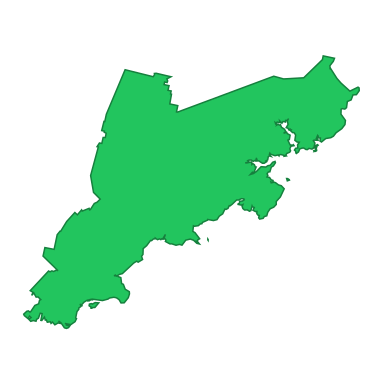 the district of West Tamar, Tasmania, Australia, rotated 93°
{"feature_id": "25037944B75055977098300", "entity_name": "West Tamar", "entity_type": "district", "adm_level": 2, "iso_a3": "AUS", "parent_name": "Australia", "parent_adm1": "Tasmania", "projection": "equal_earth", "projection_center": [146.895, -41.264], "detail": "fine", "context": "isolated", "style": "filled", "palette": "green", "viewbox_px": 384, "rotation_deg": 93, "n_neighbors": 0, "source": "geoboundaries", "source_scale": "gbopen_adm2", "svg_char_len": 5993}
<svg xmlns="http://www.w3.org/2000/svg" viewBox="0 0 384 384"><g transform="rotate(93 192 192)"><path d="M78.9,236.8L73.4,265.2L118.8,281.6L126.2,282.8L126.1,283.6L135.4,285.4L135.8,282.7L136.9,282.8L137.8,280.8L142.1,281.4L142.2,283.6L148.2,284.6L147.9,287.0L151.7,289.2L151.9,287.9L180.9,294.1L197.6,290.3L203.9,283.3L207.1,286.2L208.6,289.0L214.9,292.6L215.2,293.3L213.7,293.9L216.8,300.6L215.6,301.3L220.8,305.3L218.6,307.9L228.0,315.6L238.1,321.1L238.0,321.7L241.7,324.4L256.5,326.7L255.2,336.0L263.8,337.4L277.6,321.7L277.1,323.3L278.6,326.0L278.1,327.8L279.1,329.6L278.4,331.1L299.0,348.4L300.5,345.5L303.6,346.7L301.2,344.6L305.1,342.2L304.9,340.2L307.4,337.4L308.1,338.6L311.7,339.3L313.5,343.0L319.9,346.8L320.4,347.5L319.3,349.1L319.7,350.7L322.8,353.7L324.2,353.0L327.0,349.2L324.4,347.7L325.8,346.1L327.7,348.3L329.6,346.3L328.7,343.8L329.2,341.0L327.3,340.5L326.1,338.8L321.0,337.2L321.3,335.3L328.1,336.2L328.2,335.3L324.7,332.8L327.6,331.8L327.3,330.8L329.6,329.7L329.0,326.7L330.6,325.9L329.2,324.5L331.8,322.0L329.8,318.9L330.1,316.7L327.7,318.6L329.6,315.9L334.3,312.3L334.8,310.2L333.9,308.2L331.6,306.7L331.9,308.5L331.6,310.3L331.4,311.2L331.8,308.3L331.2,309.2L330.8,308.7L330.4,310.5L329.9,312.1L330.8,306.1L327.6,302.0L324.5,300.7L323.9,301.6L317.4,300.6L315.1,298.9L313.8,299.0L312.1,296.9L309.5,297.9L311.3,297.0L311.2,295.9L310.4,296.3L307.7,294.1L305.6,291.1L304.8,288.3L304.2,288.2L304.7,288.1L304.2,286.0L305.1,275.7L303.3,270.2L302.2,268.9L301.2,264.5L301.6,261.9L303.3,259.2L306.5,257.1L306.2,253.9L300.9,250.1L297.0,249.1L294.8,249.4L292.6,253.6L287.8,255.7L287.1,257.5L281.2,258.6L280.3,261.4L279.4,262.0L280.0,263.0L279.7,263.9L279.1,264.2L279.7,264.9L279.7,265.5L279.0,264.2L279.9,262.9L278.0,260.0L277.2,257.3L266.1,246.6L264.0,243.7L264.9,242.1L262.0,237.8L258.8,239.0L256.9,237.7L251.1,237.8L248.0,234.5L242.6,230.9L242.7,229.8L240.9,228.1L240.7,226.3L239.9,226.3L241.4,224.0L240.5,221.9L241.2,220.6L240.3,219.7L240.6,218.9L235.7,216.3L240.5,217.8L240.2,216.4L241.4,215.5L242.8,216.0L245.0,211.3L244.8,209.5L246.0,205.2L245.0,201.8L245.6,199.2L240.4,195.7L239.1,191.3L240.1,187.9L243.0,184.5L243.5,181.9L241.1,184.0L241.5,184.7L241.0,185.1L241.0,184.1L239.5,183.7L238.3,181.9L232.4,186.9L231.3,189.1L225.7,188.8L226.1,187.9L225.3,183.9L223.4,182.0L223.2,180.5L221.8,179.9L219.3,175.0L218.6,174.9L219.4,169.1L218.3,165.6L214.7,163.5L212.2,160.2L207.3,158.2L207.6,157.1L206.5,155.2L203.7,154.1L203.9,153.3L202.0,151.1L197.6,147.0L197.6,145.2L196.1,142.4L196.1,139.9L197.0,139.4L198.3,141.0L198.8,143.9L201.2,144.2L201.3,145.2L202.0,145.3L202.5,142.1L201.8,140.5L203.8,141.2L205.9,140.3L207.2,138.6L207.0,135.8L208.2,133.6L207.5,132.2L202.9,131.3L203.6,131.0L204.2,129.0L207.0,130.2L208.3,127.4L208.0,126.2L210.3,126.1L211.9,124.6L211.9,123.6L214.3,124.1L215.5,123.0L214.6,119.6L212.7,118.5L211.9,116.1L208.3,115.3L204.7,113.1L202.9,109.6L200.1,107.2L197.1,107.4L192.3,103.5L184.0,100.1L181.0,103.2L180.4,106.0L178.4,108.9L177.9,110.3L178.7,113.4L177.9,113.7L178.4,112.4L177.4,111.5L176.2,111.7L175.7,113.6L173.4,115.3L173.1,117.9L171.5,117.1L169.8,118.0L167.9,116.7L167.8,115.3L163.0,114.1L161.7,112.1L158.4,110.2L157.1,110.7L158.1,113.0L161.2,115.3L161.7,117.5L163.2,119.6L163.1,124.3L168.2,128.8L170.3,131.5L171.5,134.7L169.1,132.8L169.8,132.0L168.5,130.9L163.8,129.3L163.9,130.0L161.5,131.1L159.9,133.7L160.6,133.3L161.1,133.4L161.4,133.7L158.9,134.2L160.1,138.8L160.1,140.4L159.5,138.1L158.3,137.1L157.7,137.9L157.1,136.6L157.0,134.4L158.2,132.4L156.3,129.4L154.5,129.6L156.9,128.6L157.7,129.2L157.4,127.0L159.6,123.2L159.5,121.4L157.8,119.0L157.2,119.9L156.0,118.1L152.8,117.7L151.9,116.6L152.3,115.0L150.6,116.7L149.1,116.3L150.1,115.5L151.4,111.0L150.5,108.0L151.4,107.0L150.4,106.8L149.9,105.3L150.7,101.7L151.5,101.9L151.0,99.6L150.3,100.3L148.5,99.3L147.2,96.5L145.7,95.7L143.8,96.6L141.1,95.6L140.4,92.5L139.4,93.3L140.0,93.9L139.8,96.5L135.2,99.0L134.3,97.8L135.2,97.6L130.1,97.0L128.7,99.9L127.4,100.6L128.6,103.6L126.7,101.5L124.4,103.0L122.7,106.0L120.2,107.2L120.7,108.3L119.8,109.4L120.8,110.9L119.7,110.5L119.8,112.0L118.3,112.5L118.8,111.8L117.7,110.6L118.1,107.8L116.3,108.2L118.6,105.8L116.9,104.9L116.9,102.7L117.8,102.2L114.9,102.3L115.8,101.9L115.8,100.6L114.9,100.4L114.1,99.7L113.6,99.8L114.1,99.6L116.1,100.5L119.5,99.6L122.8,101.3L123.3,99.5L124.4,98.8L124.1,97.6L125.1,97.9L124.8,96.2L125.8,96.6L127.4,94.7L127.4,93.1L129.7,91.5L135.0,92.0L136.6,89.7L136.7,87.5L139.5,89.1L142.5,88.6L142.9,90.8L144.8,91.9L145.7,90.7L147.4,90.3L147.4,89.6L148.5,90.3L146.4,87.7L143.4,86.7L142.5,84.6L142.2,82.8L143.6,80.4L143.6,78.9L142.3,77.5L142.9,74.4L141.3,72.8L142.3,72.0L141.5,72.4L140.2,70.2L144.2,71.2L144.6,71.8L144.0,73.0L145.1,72.2L145.0,71.0L144.4,69.9L144.2,69.7L143.9,69.7L144.7,71.5L142.9,70.3L139.6,69.6L138.7,68.5L138.1,69.1L139.9,72.3L136.7,71.8L134.4,73.5L133.8,72.8L133.8,68.8L132.8,69.1L132.2,70.7L128.9,69.5L129.7,68.8L131.2,69.3L131.4,66.6L134.4,66.9L135.3,65.3L131.6,61.2L130.5,56.2L128.9,53.7L125.3,51.2L120.9,45.7L116.7,42.8L112.5,42.5L106.5,47.3L101.5,47.4L100.9,46.5L101.2,43.7L99.7,42.1L93.5,41.6L91.7,37.9L86.6,36.3L86.2,32.9L82.1,30.3L79.3,30.6L78.6,31.7L83.0,39.6L75.4,48.9L71.0,53.2L61.5,60.0L61.9,60.1L61.9,60.4L61.2,60.7L60.5,60.7L61.8,60.2L58.8,61.0L54.1,57.7L51.0,56.7L49.2,68.1L53.0,68.7L72.1,86.4L74.3,106.4L72.1,116.4L112.9,210.5L112.8,211.7L106.5,210.7L105.2,218.8L95.4,217.6L95.2,218.6L92.2,218.1L91.7,221.3L87.0,220.5L86.2,225.5L83.6,225.1L84.0,222.6L82.4,222.1L80.3,223.0L78.0,219.0L75.3,234.0L75.6,235.8L77.0,235.6L78.9,236.8ZM307.6,279.3L307.5,282.9L309.0,285.5L309.4,285.0L308.7,286.6L309.3,288.6L311.0,288.8L312.7,285.9L312.4,282.9L307.6,279.3ZM175.0,95.3L174.5,95.6L173.6,97.2L173.6,98.2L175.9,97.4L175.0,95.3ZM305.6,288.3L305.7,290.4L306.2,290.4L306.1,288.9L305.6,288.3ZM304.6,285.6L304.9,287.6L304.9,285.0L304.6,285.6ZM312.9,287.5L313.4,286.6L313.3,285.3L312.9,287.5ZM238.2,173.7L239.0,173.7L239.4,173.4L238.6,173.4L238.2,173.7Z" fill="#22c55e" stroke="#15803d" stroke-width="1.5"/></g></svg>